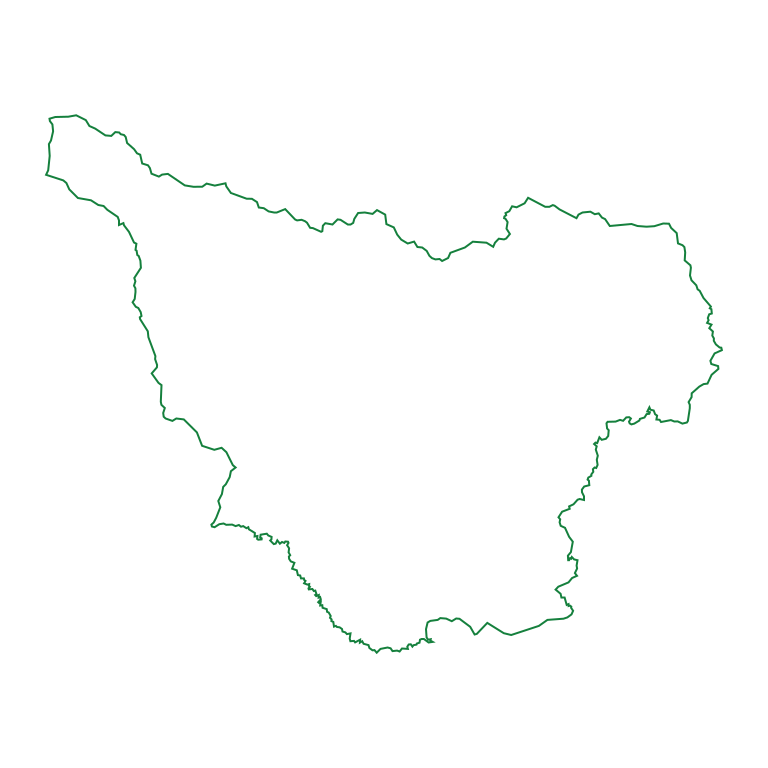 Mae Fa Luang, Chiang Rai, Thailand
{"feature_id": "78962969B57610066237696", "entity_name": "Mae Fa Luang", "entity_type": "district", "adm_level": 2, "iso_a3": "THA", "parent_name": "Thailand", "parent_adm1": "Chiang Rai", "projection": "mercator", "projection_center": [99.673, 20.251], "detail": "fine", "context": "isolated", "style": "outline", "palette": "green", "viewbox_px": 768, "rotation_deg": 0, "n_neighbors": 0, "source": "geoboundaries", "source_scale": "gbopen_adm2", "svg_char_len": 6106}
<svg xmlns="http://www.w3.org/2000/svg" viewBox="0 0 768 768"><path d="M721.9,350.1L721.3,347.7L719.6,347.5L715.9,344.4L713.8,340.8L713.9,338.4L712.3,335.6L712.9,331.5L709.3,328.2L711.5,324.6L707.1,322.9L708.6,320.2L707.8,318.1L709.2,314.3L711.8,313.5L711.4,309.2L709.8,308.3L710.9,306.6L703.5,298.0L699.7,290.8L697.6,289.3L696.3,285.3L691.5,280.3L690.0,275.5L690.9,267.7L690.4,265.3L684.7,260.4L685.2,252.4L684.4,247.1L682.5,245.2L678.0,243.4L676.7,233.1L671.1,227.9L669.0,223.7L663.2,223.5L654.3,226.2L646.5,226.7L637.5,226.0L631.5,224.0L609.8,226.0L605.1,219.1L602.0,217.6L598.7,213.4L594.8,214.2L590.4,211.7L582.5,212.5L578.5,214.6L576.5,218.2L559.5,209.4L554.6,205.7L552.8,205.1L549.4,206.8L545.2,206.8L528.1,197.8L524.6,203.3L516.6,207.3L512.1,206.3L509.3,211.2L505.5,213.1L506.2,215.2L504.4,216.5L504.1,218.2L505.5,218.8L507.6,222.1L506.5,228.7L509.9,234.0L506.2,238.5L504.0,239.4L498.8,238.7L495.0,242.7L493.2,246.8L486.5,242.7L472.8,241.7L464.9,247.5L450.4,252.8L448.1,258.0L442.1,261.0L439.6,259.0L435.4,259.4L431.9,258.1L429.4,255.8L426.7,250.9L422.2,247.5L417.4,247.0L414.1,241.6L407.7,243.5L401.2,239.6L397.2,234.6L393.8,227.4L386.4,224.1L385.2,214.6L377.0,210.1L372.6,213.9L364.8,212.5L358.1,213.0L354.3,218.9L353.2,222.9L350.6,224.5L347.8,224.5L340.5,219.8L337.6,219.4L332.5,224.5L325.3,223.2L322.9,225.7L322.3,231.2L321.1,231.8L312.9,228.1L310.1,227.8L307.0,222.7L305.0,221.2L301.6,219.8L297.1,220.4L295.1,219.5L285.2,209.1L276.8,212.5L274.0,212.5L268.6,211.4L263.8,208.2L258.8,207.5L257.0,202.1L251.9,198.8L246.6,198.7L230.9,193.0L226.3,186.4L225.5,183.3L214.8,185.6L206.6,183.6L202.3,186.7L193.5,186.8L184.8,185.4L167.9,173.9L162.1,174.6L158.9,176.6L151.5,173.7L149.9,168.1L148.0,165.3L142.2,163.5L140.2,154.7L137.0,153.3L134.1,149.2L127.1,143.0L125.7,137.0L124.0,135.0L120.7,134.2L119.2,132.5L115.3,132.1L111.3,135.9L105.4,135.4L95.2,128.6L89.4,126.0L85.8,120.1L76.2,115.3L68.3,116.7L55.3,117.0L49.5,118.7L49.9,121.1L52.4,124.4L53.1,131.3L51.0,140.5L48.9,144.1L49.7,155.9L48.2,170.3L46.1,174.8L63.3,180.4L66.4,183.0L69.3,189.4L77.9,198.0L91.0,200.3L98.3,205.0L103.6,206.0L107.3,209.8L117.7,216.9L119.0,220.4L119.0,225.0L123.4,223.1L124.0,225.3L129.0,231.9L134.0,242.5L136.4,243.7L135.5,249.9L136.6,250.7L137.3,255.0L138.7,256.0L140.4,260.7L140.9,267.8L134.3,278.0L135.4,281.3L134.0,285.7L135.4,288.3L135.5,292.0L134.7,299.0L132.6,302.3L135.8,306.8L138.3,308.0L140.7,312.1L141.5,316.0L139.8,317.3L140.1,319.1L147.8,331.3L148.4,337.2L155.4,356.1L155.1,359.1L157.1,365.0L156.9,367.4L151.7,373.4L158.5,382.9L161.5,385.1L160.8,401.8L161.4,404.8L164.8,408.0L163.2,413.0L163.7,416.7L165.6,418.5L172.4,420.9L176.3,418.5L183.8,419.4L196.9,432.4L202.1,445.8L214.3,449.8L221.6,447.8L226.4,452.2L232.8,465.1L235.6,467.5L230.9,471.2L229.7,477.1L225.8,484.3L223.2,486.9L221.9,494.1L218.3,501.0L220.3,507.3L216.2,517.8L213.7,522.5L211.4,524.6L211.9,526.5L214.6,527.2L219.3,524.2L223.6,523.5L226.2,524.8L232.2,524.6L235.6,526.1L238.9,525.0L241.0,526.7L243.2,526.1L246.4,528.2L248.3,527.2L248.9,529.3L254.9,533.0L254.6,536.5L257.4,536.0L257.1,538.9L258.2,539.7L261.6,539.4L261.7,538.3L260.2,537.4L260.6,534.7L266.8,533.7L268.3,535.5L271.6,536.9L271.4,539.4L270.2,540.5L273.8,544.1L275.7,543.6L277.3,540.3L279.9,543.7L282.0,542.0L284.3,542.9L285.3,541.5L288.0,541.7L288.5,542.9L287.1,545.2L289.1,548.3L288.6,552.4L290.2,555.2L288.9,556.5L289.1,558.8L290.8,561.4L294.4,562.8L292.1,568.7L296.8,570.3L297.9,575.1L300.2,575.5L301.0,578.4L303.9,578.4L304.2,580.0L305.5,580.9L304.1,583.3L307.4,584.6L309.2,584.1L309.0,586.0L309.9,586.8L308.5,588.3L308.8,589.4L312.4,589.0L313.8,591.0L315.3,590.6L316.5,594.2L315.2,595.0L316.2,596.1L318.8,595.0L318.6,597.6L320.1,597.0L320.8,599.3L318.2,602.2L319.1,603.0L320.7,602.0L320.2,605.5L322.3,605.2L322.6,607.8L326.7,609.1L327.1,611.8L328.7,612.5L330.7,616.0L330.0,617.8L331.6,619.4L331.4,621.1L333.3,621.9L334.0,626.6L335.9,625.9L337.0,627.0L339.6,627.3L342.0,629.0L342.5,631.5L345.4,632.4L346.9,634.1L350.5,633.4L349.7,638.6L350.4,641.2L354.0,640.9L355.1,642.4L360.1,639.7L359.9,642.6L362.2,641.2L363.6,643.8L368.5,645.1L369.4,648.0L372.5,650.3L374.5,650.1L376.7,652.7L380.5,648.9L387.6,647.5L390.6,648.3L392.5,651.1L397.1,650.6L399.6,651.5L402.0,648.5L407.9,648.9L407.3,646.7L408.7,644.5L410.8,644.3L412.4,646.6L413.5,645.2L416.5,644.6L416.9,643.5L419.5,642.7L420.0,639.7L421.6,639.0L423.9,639.0L428.6,642.5L432.7,641.9L430.4,640.6L430.7,639.2L428.2,639.7L426.6,637.5L426.0,629.2L427.6,622.5L430.3,620.9L437.7,619.9L440.3,618.1L446.2,618.6L451.8,621.2L456.2,618.5L459.5,618.8L470.2,626.8L474.6,634.5L476.8,633.9L487.3,622.9L503.8,633.2L511.2,635.0L538.9,625.9L547.4,619.9L563.5,618.7L567.4,617.4L571.5,614.4L573.1,610.8L571.1,607.8L571.3,606.6L569.9,605.6L568.6,606.0L568.5,604.1L566.7,604.9L564.6,597.5L561.4,597.5L560.6,593.8L555.6,589.6L558.3,586.7L568.5,582.4L572.1,578.0L577.0,575.8L574.9,573.1L577.1,568.5L576.6,565.6L577.5,560.2L574.1,559.4L571.8,557.0L571.1,558.7L570.1,558.1L569.1,560.2L568.2,560.2L567.9,555.7L570.9,552.1L572.8,541.7L569.1,536.8L565.0,527.8L560.7,525.8L559.6,522.3L560.2,519.3L558.5,517.3L562.1,511.7L569.7,508.8L569.1,506.4L573.5,504.3L577.6,499.7L579.7,499.0L584.0,500.0L584.0,496.3L582.0,492.3L581.9,489.6L584.2,486.5L589.3,485.2L588.9,480.6L587.6,479.6L588.3,477.6L591.4,475.8L591.3,474.4L593.3,471.8L592.9,469.2L594.6,467.5L596.2,468.0L597.6,464.9L596.8,459.8L597.8,455.7L595.8,449.6L596.7,446.3L594.1,444.0L595.5,442.6L597.2,443.1L599.4,437.3L601.7,439.8L605.9,438.8L608.2,436.0L608.7,430.2L607.1,428.5L606.5,423.3L607.6,421.8L615.6,421.6L620.0,419.9L623.1,420.8L626.3,417.4L629.2,417.2L630.9,418.5L629.0,421.7L629.7,423.4L631.4,424.4L634.3,423.6L639.4,420.5L639.9,418.9L644.5,417.5L646.6,414.1L649.3,413.8L649.9,412.2L647.3,411.5L649.4,407.3L650.4,409.7L653.7,410.5L655.1,414.2L657.1,415.6L656.4,419.5L659.6,419.8L661.0,422.0L670.9,420.1L674.3,421.5L677.7,421.4L682.4,423.6L686.9,422.5L687.9,420.9L689.8,408.2L689.8,404.8L688.6,402.1L691.6,397.1L691.7,393.3L699.3,386.6L703.6,384.1L707.5,383.6L711.6,374.8L718.4,368.9L718.1,366.1L711.3,364.0L710.4,360.8L714.6,353.4L721.9,350.1Z" fill="none" stroke="#15803d" stroke-width="2"/></svg>